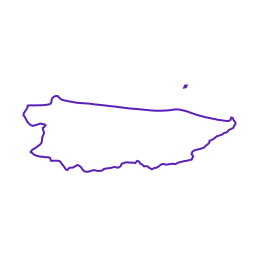 Maricá, Rio de Janeiro, Brazil (Mercator projection), rotated 190°
{"feature_id": "56859067B86617442862641", "entity_name": "Maricá", "entity_type": "district", "adm_level": 2, "iso_a3": "BRA", "parent_name": "Brazil", "parent_adm1": "Rio de Janeiro", "projection": "mercator", "projection_center": [-42.819, -22.929], "detail": "fine", "context": "isolated", "style": "outline", "palette": "violet", "viewbox_px": 256, "rotation_deg": 190, "n_neighbors": 0, "source": "geoboundaries", "source_scale": "gbopen_adm2", "svg_char_len": 2928}
<svg xmlns="http://www.w3.org/2000/svg" viewBox="0 0 256 256"><g transform="rotate(190 128 128)"><path d="M97.2,91.5L94.8,93.4L92.8,93.9L90.7,95.9L89.0,97.9L86.9,98.7L84.2,98.5L81.1,99.5L78.6,100.4L76.8,100.6L74.8,100.8L73.2,102.1L71.3,103.2L69.8,103.9L68.2,104.6L66.5,105.3L64.2,106.0L59.8,108.0L58.9,111.5L60.9,113.2L60.5,115.7L58.7,117.5L57.2,118.3L55.5,119.0L53.3,119.9L51.6,120.9L49.8,121.9L48.2,124.2L46.5,126.0L45.4,127.5L45.5,129.5L43.9,130.5L42.6,131.5L40.8,133.2L39.2,135.2L37.6,136.0L36.0,136.9L34.1,138.0L32.7,139.6L31.3,140.4L29.7,141.0L28.7,143.3L25.9,145.2L24.2,146.6L23.9,148.7L22.8,150.2L23.3,152.3L25.3,154.0L26.5,155.9L28.2,156.2L28.3,154.0L29.9,152.5L31.5,152.1L33.2,152.0L34.9,151.9L36.9,151.9L38.6,151.8L40.5,151.7L43.2,151.8L47.2,151.9L49.4,152.0L54.2,152.1L56.3,152.4L59.6,152.6L61.1,152.8L63.4,153.0L65.6,153.4L69.4,154.0L71.4,154.4L73.0,154.6L75.0,154.8L77.4,154.9L80.1,155.1L82.2,154.9L84.2,154.6L86.3,154.0L88.7,153.2L91.0,152.5L93.3,151.9L95.0,151.5L96.8,151.1L98.8,150.7L100.8,150.3L103.4,149.9L105.8,149.6L108.3,149.3L111.0,149.1L113.1,149.0L115.7,148.7L118.4,148.6L120.5,148.4L122.4,148.3L124.3,148.0L126.4,147.8L129.0,147.6L130.7,147.5L132.8,147.4L134.6,147.3L136.4,147.2L138.4,147.1L140.6,146.9L142.7,146.9L144.8,146.8L147.2,146.6L150.2,146.4L153.1,146.3L156.3,146.1L158.5,145.9L161.0,145.8L163.6,145.5L166.2,145.4L168.2,145.4L170.9,145.2L174.2,144.9L176.3,144.6L178.6,144.4L180.3,144.2L182.6,144.0L184.9,144.0L187.3,144.0L189.3,144.0L191.7,144.0L194.2,144.1L196.3,144.2L198.8,144.6L201.3,146.1L202.8,147.3L204.5,147.0L206.1,146.2L207.6,144.6L208.0,142.8L208.0,140.9L208.2,138.8L209.5,137.7L212.9,136.5L215.3,135.8L217.1,135.4L219.3,135.0L221.5,134.5L223.3,134.2L225.6,133.7L228.1,133.4L230.7,132.6L230.6,130.4L231.5,128.2L233.2,124.4L233.1,122.2L231.7,121.2L230.8,119.9L229.7,118.6L228.4,116.8L226.9,115.6L224.7,114.1L222.0,113.6L220.0,114.6L217.8,115.6L216.0,116.8L214.3,117.3L212.7,116.9L211.2,117.1L209.7,116.5L210.6,114.5L212.0,113.2L211.0,110.9L209.8,108.5L210.1,106.8L210.7,104.5L210.7,102.2L210.5,100.1L210.7,98.3L212.0,96.0L213.4,94.9L214.5,93.4L216.8,91.3L218.5,89.9L219.7,87.5L217.7,86.5L215.3,85.2L213.8,85.0L211.6,84.7L209.2,84.5L207.6,84.9L206.1,84.8L204.2,84.8L202.0,85.4L199.4,85.0L198.3,82.4L196.6,82.6L195.0,83.0L193.4,83.2L191.6,83.6L189.2,83.4L186.9,81.1L185.0,79.5L183.6,78.1L182.3,76.6L180.5,76.0L178.8,78.5L177.1,79.1L175.5,79.4L173.5,81.0L171.3,82.8L169.6,82.4L167.5,81.3L166.0,79.7L163.8,77.9L161.3,77.7L159.4,78.1L156.8,79.5L153.8,80.7L151.6,80.4L149.0,80.7L147.3,81.1L145.6,82.1L144.5,83.5L142.4,84.3L140.0,85.1L137.9,85.7L135.8,86.8L133.9,87.3L131.8,87.1L130.2,87.5L128.6,89.2L128.0,91.7L126.2,92.6L124.7,93.7L123.2,94.0L120.6,94.2L117.9,94.6L114.8,94.8L113.3,97.2L111.4,96.9L109.7,95.0L107.8,94.5L105.5,93.0L103.9,93.5L101.6,93.5L99.8,92.3L97.2,91.5ZM79.3,179.6L79.7,177.6L78.1,178.2L77.6,180.0L79.3,179.6Z" fill="none" stroke="#5b21b6" stroke-width="2"/></g></svg>